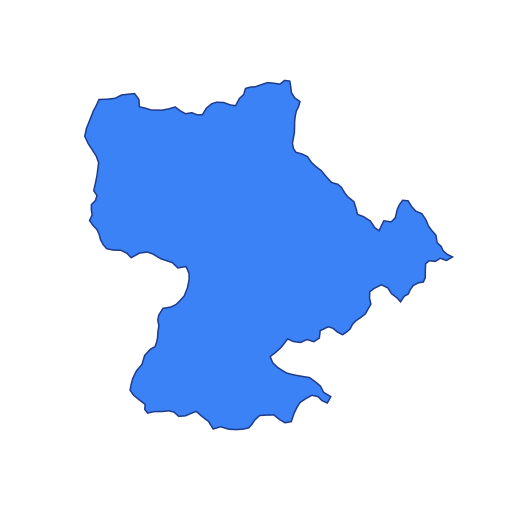 the district of Coqueiral, Minas Gerais, Brazil, rotated 282°
{"feature_id": "56859067B68228561117509", "entity_name": "Coqueiral", "entity_type": "district", "adm_level": 2, "iso_a3": "BRA", "parent_name": "Brazil", "parent_adm1": "Minas Gerais", "projection": "mercator", "projection_center": [-45.418, -21.178], "detail": "fine", "context": "isolated", "style": "filled", "palette": "blue", "viewbox_px": 512, "rotation_deg": 282, "n_neighbors": 0, "source": "geoboundaries", "source_scale": "gbopen_adm2", "svg_char_len": 3009}
<svg xmlns="http://www.w3.org/2000/svg" viewBox="0 0 512 512"><g transform="rotate(282 256 256)"><path d="M294.8,83.8L286.2,83.7L282.0,87.9L276.8,87.4L272.0,84.3L267.1,85.3L262.0,87.2L256.1,85.8L251.7,90.6L249.0,94.7L244.9,97.9L239.5,100.6L235.5,104.0L232.1,108.4L232.1,115.1L233.5,122.5L231.9,129.0L228.4,134.3L234.6,141.4L237.3,148.9L236.5,154.8L233.5,163.5L232.8,169.6L232.1,175.7L228.1,182.0L231.1,189.8L224.8,194.2L218.7,195.5L210.0,195.5L202.0,194.1L196.3,190.8L191.8,187.8L188.3,183.2L185.4,175.8L177.9,173.2L173.0,173.2L167.5,175.5L161.3,175.8L155.6,176.7L151.1,176.7L146.3,176.1L142.9,172.1L135.7,167.8L126.3,167.0L118.9,163.0L110.7,160.9L104.2,160.6L98.5,160.7L94.2,165.5L90.5,172.8L87.8,178.4L82.8,179.1L79.8,182.7L82.6,188.6L84.3,196.3L86.4,202.7L86.3,208.2L83.1,213.8L85.0,220.2L88.8,225.6L91.6,229.9L88.5,235.2L84.3,243.9L77.9,250.1L81.6,256.8L80.9,265.3L82.1,272.9L84.0,279.4L86.4,284.7L90.8,287.1L95.3,288.9L100.7,292.7L102.7,299.8L104.2,306.5L101.0,312.9L98.9,319.0L101.3,324.9L110.2,326.0L116.6,327.6L121.8,329.5L126.8,334.3L131.4,339.6L131.3,346.0L128.3,350.5L127.0,356.3L134.0,358.4L136.7,350.5L142.2,346.0L145.1,340.6L148.2,333.7L147.9,327.3L147.7,321.7L147.6,316.3L147.9,310.5L149.8,304.7L151.6,300.1L155.1,294.5L160.6,290.8L165.5,295.0L171.4,299.3L177.2,302.2L181.5,304.2L180.1,310.5L180.7,317.7L184.9,323.1L184.2,330.4L188.9,335.0L196.3,334.3L201.8,341.4L201.3,346.4L198.5,351.5L197.0,357.1L200.3,360.3L204.2,363.2L209.2,364.6L213.2,367.0L217.6,371.2L222.1,375.0L227.9,376.8L232.8,378.4L238.5,375.8L244.7,374.7L248.9,378.4L253.9,384.6L252.2,391.6L247.4,396.2L244.4,402.7L241.2,406.9L247.4,409.3L250.4,412.8L255.2,413.9L259.9,416.0L263.6,420.5L265.3,425.1L269.8,426.1L276.3,424.8L283.7,423.5L287.4,426.4L288.0,432.5L292.1,436.7L291.2,443.2L295.9,448.4L297.4,442.6L300.1,437.9L304.0,435.0L306.7,430.4L313.7,427.7L317.8,422.2L321.4,418.3L326.7,414.7L331.9,409.4L333.1,403.0L336.5,398.2L341.6,393.3L341.0,387.8L335.9,385.6L331.3,384.5L322.4,384.3L317.5,381.2L317.0,373.7L311.5,372.3L306.3,371.2L308.3,366.4L314.0,360.6L316.9,352.8L317.8,346.7L322.6,344.3L329.4,340.6L332.9,333.7L336.1,329.7L340.5,325.7L343.2,321.2L343.5,314.8L348.4,307.9L353.0,302.2L356.0,295.9L359.0,290.8L363.9,285.7L365.4,279.7L365.7,273.6L369.0,270.2L373.9,268.2L384.7,267.9L390.2,266.9L395.9,265.8L400.9,265.3L406.4,265.3L411.1,266.6L416.2,266.9L418.6,261.2L423.0,256.8L429.9,254.4L434.1,252.7L433.7,247.4L429.1,243.7L428.7,237.4L428.0,231.2L424.8,225.8L421.3,219.9L420.0,215.2L417.7,210.9L411.5,210.4L406.6,207.0L398.8,204.8L398.4,199.7L399.4,192.3L398.2,185.4L395.6,180.9L390.2,176.7L383.1,174.2L381.8,169.4L382.8,163.5L380.5,157.5L382.2,151.9L385.0,146.0L381.8,140.1L379.0,133.5L378.0,128.1L377.0,123.4L377.6,117.0L377.7,110.9L384.7,109.0L389.6,103.5L387.5,96.8L385.5,90.9L381.0,85.5L378.2,77.1L376.5,69.9L370.4,68.6L364.4,66.8L358.1,65.8L352.5,64.8L345.5,63.6L337.5,63.6L330.9,68.6L325.7,73.9L320.5,79.0L314.5,82.7L309.0,83.1L302.1,83.7L294.8,83.8Z" fill="#3b82f6" stroke="#1e3a8a" stroke-width="1.5"/></g></svg>